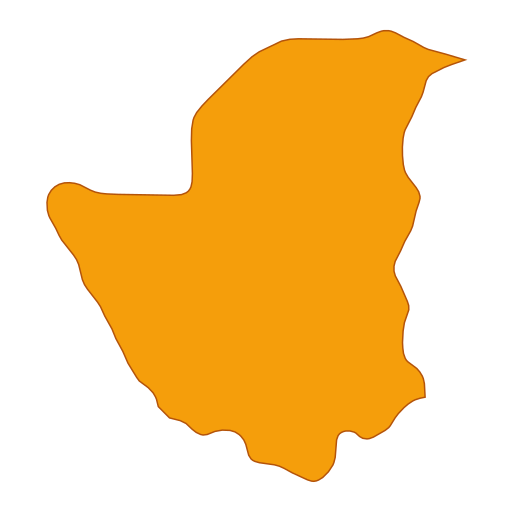 outline of Las Guaranas, Duarte, Dominican Republic
{"feature_id": "3306468B34554561821271", "entity_name": "Las Guaranas", "entity_type": "district", "adm_level": 2, "iso_a3": "DOM", "parent_name": "Dominican Republic", "parent_adm1": "Duarte", "projection": "mercator", "projection_center": [-70.215, 19.194], "detail": "fine", "context": "isolated", "style": "filled", "palette": "amber", "viewbox_px": 512, "rotation_deg": 0, "n_neighbors": 0, "source": "geoboundaries", "source_scale": "gbopen_adm2", "svg_char_len": 2333}
<svg xmlns="http://www.w3.org/2000/svg" viewBox="0 0 512 512"><path d="M186.1,423.5L192.1,429.2L196.2,432.4L200.7,434.5L203.1,435.0L207.2,434.5L215.0,431.4L222.3,430.1L230.0,430.4L235.0,431.9L239.1,434.5L240.9,436.2L243.8,439.9L245.8,444.3L248.7,455.2L251.1,459.0L252.9,460.4L254.9,461.4L259.4,462.7L274.4,464.8L279.4,466.2L283.8,468.2L292.4,472.9L307.4,479.8L311.5,481.1L313.8,481.3L316.3,480.9L318.6,480.0L322.8,477.4L328.4,471.8L332.9,465.0L333.9,462.5L335.2,457.3L336.6,439.8L338.1,435.6L339.6,433.7L341.5,432.4L343.6,431.5L345.7,431.0L350.0,431.0L354.1,432.1L355.8,433.0L359.6,436.5L362.8,438.3L367.0,438.9L369.3,438.6L373.4,437.1L385.1,430.4L388.7,427.6L390.2,425.8L395.2,417.7L398.4,413.5L404.0,407.6L408.2,404.0L412.7,401.0L415.1,399.8L420.1,398.2L425.1,397.2L424.4,383.7L423.3,378.6L422.3,376.1L419.8,372.0L416.8,368.5L408.1,362.0L406.5,360.4L405.2,358.3L403.5,353.5L402.8,348.1L402.5,342.5L403.1,331.0L404.4,322.7L408.8,309.8L408.7,305.6L407.4,301.5L400.8,286.3L395.3,275.9L394.0,271.2L394.0,266.1L395.2,261.3L400.6,250.8L404.7,241.5L410.7,230.8L412.6,226.1L416.1,211.0L419.0,202.5L420.0,198.5L420.0,196.3L418.7,191.8L416.2,187.7L408.2,177.4L405.5,172.7L404.5,170.1L403.3,164.5L402.5,155.8L402.4,147.0L403.1,138.2L404.2,132.6L405.1,129.9L411.8,116.8L415.8,107.4L421.4,96.7L423.1,92.1L426.2,80.6L428.5,76.6L432.0,73.6L444.0,67.5L451.7,64.5L465.0,59.9L445.5,54.1L428.2,49.4L423.8,47.5L413.2,41.5L403.9,37.3L395.6,32.9L391.2,31.2L388.7,30.7L383.7,30.7L381.3,31.2L376.9,32.8L368.5,36.7L363.2,38.1L357.5,38.8L342.9,39.4L298.4,38.8L289.8,39.3L281.5,41.1L259.2,51.8L252.2,56.6L243.7,64.3L208.1,99.5L202.1,105.8L196.7,112.5L194.0,117.5L193.1,120.2L191.7,128.8L191.4,140.6L192.4,173.5L192.1,181.7L191.0,186.8L189.9,189.1L188.3,191.2L186.2,192.8L181.5,194.6L173.7,195.3L118.1,194.4L106.5,193.9L100.8,193.3L95.3,192.1L90.5,190.2L79.8,184.7L74.7,183.3L69.5,182.7L64.3,182.9L59.2,184.3L54.9,186.8L51.3,190.3L48.7,194.6L47.8,197.2L47.0,202.4L47.4,210.3L48.8,215.5L49.8,217.8L55.8,228.4L59.1,235.4L61.7,240.0L73.6,255.1L76.6,259.7L78.7,264.6L82.4,279.7L84.5,284.6L87.5,289.2L97.6,302.2L100.5,306.7L104.8,316.1L112.0,329.0L115.9,338.6L122.9,351.5L128.0,363.2L136.7,377.4L139.3,381.0L148.3,387.7L153.1,392.8L155.5,396.9L156.5,399.3L158.3,406.6L169.5,417.9L180.2,420.6L186.1,423.5Z" fill="#f59e0b" stroke="#b45309" stroke-width="1.5"/></svg>